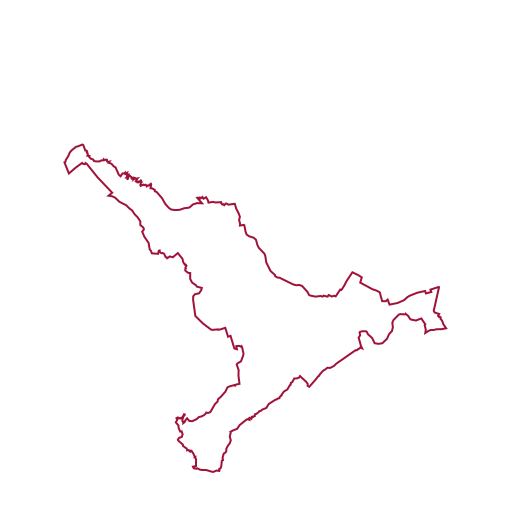 outline of Casin, Bacau, Romania, rotated 64°
{"feature_id": "2599482B1841621601229", "entity_name": "Casin", "entity_type": "district", "adm_level": 2, "iso_a3": "ROU", "parent_name": "Romania", "parent_adm1": "Bacau", "projection": "mercator", "projection_center": [26.717, 46.195], "detail": "fine", "context": "isolated", "style": "outline", "palette": "rose", "viewbox_px": 512, "rotation_deg": 64, "n_neighbors": 0, "source": "geoboundaries", "source_scale": "gbopen_adm2", "svg_char_len": 6135}
<svg xmlns="http://www.w3.org/2000/svg" viewBox="0 0 512 512"><g transform="rotate(64 256 256)"><path d="M433.1,383.2L432.5,382.7L431.4,382.6L431.0,380.5L429.9,379.5L425.0,376.4L425.0,375.1L422.8,374.6L419.4,371.6L419.4,370.3L418.7,368.5L416.2,367.1L414.3,364.6L412.8,361.6L410.5,359.4L407.0,358.8L403.4,356.0L402.8,356.0L402.7,352.6L403.1,348.8L400.8,344.8L399.1,337.3L398.8,335.4L400.2,333.9L399.1,333.8L398.6,332.8L400.3,331.6L399.5,330.9L399.4,329.5L398.8,329.7L399.4,327.3L397.8,326.4L398.1,325.1L397.5,322.1L396.9,321.1L397.3,319.4L396.8,317.8L397.1,313.4L394.6,309.4L393.7,301.7L394.0,300.0L393.6,299.2L394.1,297.3L393.0,296.3L392.5,294.1L391.9,293.9L390.1,290.4L389.7,286.5L389.3,285.7L387.0,282.3L387.0,281.4L385.3,280.3L385.3,278.7L382.9,275.5L384.1,272.2L384.1,270.5L383.2,269.1L391.2,266.0L393.4,265.6L395.4,266.5L396.9,265.5L393.2,256.5L391.5,253.2L391.3,251.6L390.7,251.2L388.9,247.1L388.4,245.2L388.4,243.5L387.7,240.9L389.1,238.4L389.0,234.0L388.1,231.6L387.6,228.8L384.4,208.4L384.6,208.0L384.4,207.3L384.9,206.7L384.8,205.9L384.5,205.4L384.6,204.5L384.0,202.5L385.5,201.1L382.8,201.1L374.3,199.5L373.0,197.2L370.1,196.4L369.8,195.7L370.1,193.7L371.8,190.2L373.1,189.6L375.4,189.7L380.5,187.6L386.4,187.6L388.7,184.3L389.8,180.7L387.8,174.5L384.6,170.7L383.0,166.6L380.0,164.2L375.7,162.7L373.8,160.5L371.3,153.4L371.5,151.8L374.1,147.1L373.7,146.8L376.5,145.5L380.1,145.1L381.2,144.4L384.1,140.5L384.6,134.8L391.6,133.8L392.1,134.7L396.7,135.7L399.4,137.6L398.9,133.3L399.2,131.2L400.3,129.0L401.0,125.8L403.1,121.4L404.3,116.8L399.4,117.5L395.4,117.1L393.5,117.7L392.2,116.9L391.1,117.5L391.1,118.2L389.6,118.6L388.4,116.8L385.1,120.2L383.2,120.3L364.3,105.2L363.9,105.3L362.7,114.0L365.2,114.2L365.1,114.8L364.1,119.7L361.6,119.3L359.7,127.2L359.1,135.1L359.3,137.8L360.6,142.3L360.3,149.4L358.2,157.3L352.9,156.8L353.5,159.2L351.9,162.4L342.9,160.7L340.1,162.7L336.9,165.9L325.6,174.0L321.6,170.3L318.1,172.4L312.9,176.5L318.0,185.2L321.5,190.0L323.7,193.6L323.9,194.4L323.1,195.0L327.2,202.1L325.9,203.3L325.7,205.5L322.9,207.8L323.8,209.3L323.7,209.9L321.3,212.5L321.7,213.9L320.3,215.4L318.6,220.3L315.3,224.6L314.2,225.4L310.7,225.5L303.1,227.7L301.0,229.8L299.9,232.7L297.8,235.1L285.8,244.4L284.8,246.1L282.7,247.6L281.5,247.2L275.9,249.5L266.3,249.6L260.3,247.7L257.7,247.4L249.9,249.9L246.7,249.9L241.4,248.9L238.5,250.1L235.3,253.5L232.6,255.0L229.5,254.7L223.2,253.0L222.7,253.3L221.6,257.1L220.1,256.2L216.2,255.4L213.7,253.3L210.0,252.9L204.6,253.0L199.8,252.2L197.8,258.2L195.6,259.9L196.4,262.3L195.2,262.5L195.0,263.7L192.6,264.3L192.2,262.9L192.2,264.0L191.6,265.5L190.1,269.0L188.5,271.0L187.2,275.3L185.1,274.8L181.3,275.1L181.5,278.1L179.5,278.3L179.9,279.3L179.0,280.7L179.9,280.9L179.9,281.5L178.0,282.8L177.9,283.3L185.0,281.4L182.6,285.9L182.0,290.1L183.1,293.9L183.1,295.3L181.6,299.6L181.0,304.4L179.3,308.6L176.8,312.1L174.6,313.2L169.5,314.7L162.9,315.1L155.0,317.2L153.5,318.5L152.2,318.0L149.7,319.7L148.9,321.1L145.7,318.8L145.0,318.8L145.2,320.2L145.8,321.5L145.2,322.1L145.5,323.7L144.1,323.7L143.3,324.4L143.3,325.5L142.4,326.0L142.4,328.6L141.7,328.2L141.4,328.7L140.0,327.7L139.4,326.4L137.8,326.2L137.5,326.5L138.1,327.9L138.2,329.6L137.9,330.1L137.3,329.7L137.0,330.7L136.2,331.3L135.2,329.7L134.7,329.7L134.3,328.6L133.8,330.3L133.1,330.5L133.4,332.0L132.5,331.0L131.8,331.8L132.3,332.5L132.3,333.5L131.7,333.9L130.8,333.3L128.5,334.3L128.2,335.1L131.2,338.2L129.3,337.2L128.7,338.2L128.1,337.0L127.5,336.7L126.8,335.0L126.0,336.4L124.7,335.3L124.8,337.5L123.8,337.2L124.1,337.9L123.3,339.8L125.0,342.8L122.8,343.7L114.7,343.4L113.2,344.5L109.7,345.5L107.6,347.6L106.9,346.3L106.5,347.9L105.7,348.4L104.2,347.8L103.6,348.5L103.4,350.3L102.3,350.5L103.0,351.5L102.2,353.4L102.5,354.9L100.8,358.5L99.4,360.1L98.0,360.0L96.0,361.9L93.7,362.5L93.1,361.9L92.0,363.6L90.9,362.5L88.8,362.6L88.7,362.1L87.8,361.9L86.7,362.3L86.4,363.2L80.5,362.6L79.7,363.2L79.4,368.2L78.9,369.8L80.3,375.6L81.4,378.1L83.8,380.8L86.4,384.9L87.9,386.1L87.9,387.1L99.8,388.0L97.6,379.6L96.1,371.5L96.9,371.4L98.3,370.0L98.4,369.3L97.7,368.5L99.1,367.7L115.9,363.9L136.1,357.5L137.2,362.1L139.3,359.1L141.7,357.1L147.4,355.0L153.5,350.4L158.1,348.8L160.6,347.4L165.1,346.8L169.4,345.4L174.1,344.8L177.5,346.4L180.5,345.0L182.1,344.8L183.2,345.4L184.2,347.6L189.6,347.9L197.2,346.8L203.5,348.7L205.1,348.2L208.0,348.4L211.1,343.0L208.7,341.1L208.8,340.2L210.3,340.7L212.0,339.8L212.3,338.8L213.6,337.6L217.5,337.7L218.1,336.8L219.1,336.8L218.6,333.7L220.7,331.3L219.1,325.0L226.4,323.3L228.9,324.0L231.0,324.0L232.7,323.7L232.6,323.1L233.0,322.9L234.3,322.8L235.6,324.6L236.3,324.5L237.3,325.7L238.4,325.9L241.5,324.3L242.5,322.6L247.7,325.2L251.8,325.1L255.9,322.8L257.7,322.5L260.9,318.7L262.7,320.2L264.6,323.5L263.6,327.6L264.7,330.1L268.0,331.8L283.3,336.8L293.3,333.3L302.2,328.8L303.3,327.6L305.2,322.5L305.6,322.5L306.3,320.6L307.1,315.1L316.3,316.5L316.6,313.9L329.6,316.0L331.4,314.0L328.4,313.3L328.6,312.4L329.5,310.4L330.7,309.6L330.5,308.6L331.9,308.5L338.2,310.0L339.9,311.2L344.1,315.7L344.4,319.8L345.0,320.9L350.9,321.6L355.8,324.2L363.7,326.9L362.9,329.7L362.9,330.7L363.3,331.6L362.6,331.7L361.5,337.5L361.6,339.3L364.5,343.0L367.0,349.0L368.2,353.0L370.0,354.4L371.1,357.8L376.3,365.5L376.0,368.0L374.9,369.4L375.6,370.3L376.2,372.3L376.3,375.2L375.7,378.1L376.6,380.7L376.5,385.9L374.9,388.3L371.7,389.1L372.5,391.1L373.5,392.2L373.3,392.7L373.6,393.2L374.1,393.4L374.3,394.6L373.5,394.1L372.2,394.6L370.1,393.4L369.6,392.6L369.1,392.8L367.4,389.5L367.1,389.5L366.7,390.1L368.3,392.2L369.1,394.5L368.8,395.4L368.3,395.3L367.9,396.7L366.8,397.0L366.9,398.6L368.6,398.5L370.4,401.0L374.3,400.0L376.5,400.9L380.6,401.1L381.0,399.7L384.1,400.1L386.1,402.1L385.7,404.7L386.9,406.8L388.1,406.7L393.5,404.4L394.7,404.9L398.8,402.7L400.3,403.0L400.2,402.6L401.9,400.7L402.4,401.3L403.0,400.9L402.4,400.1L402.7,399.4L406.4,398.9L409.4,399.1L409.7,398.6L410.3,399.5L410.9,399.0L412.2,398.9L418.5,402.0L417.7,405.0L419.5,405.0L421.1,402.8L421.0,401.9L423.5,400.0L424.8,398.1L426.6,394.5L430.5,390.3L431.4,388.8L431.5,385.6L433.1,383.2Z" fill="none" stroke="#9f1239" stroke-width="2"/></g></svg>